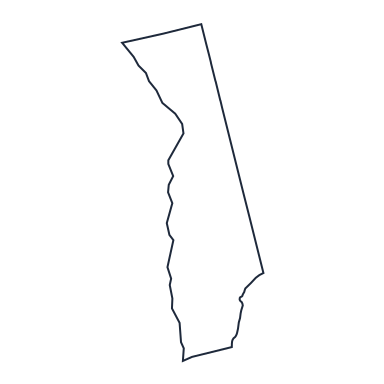 outline of Boyd, Nebraska, United States of America, rotated 76°
{"feature_id": "52423323B94496546276547", "entity_name": "Boyd", "entity_type": "district", "adm_level": 2, "iso_a3": "USA", "parent_name": "United States of America", "parent_adm1": "Nebraska", "projection": "robinson", "projection_center": [-98.692, 42.88], "detail": "fine", "context": "isolated", "style": "outline", "palette": "slate", "viewbox_px": 384, "rotation_deg": 76, "n_neighbors": 0, "source": "geoboundaries", "source_scale": "gbopen_adm2", "svg_char_len": 1204}
<svg xmlns="http://www.w3.org/2000/svg" viewBox="0 0 384 384"><g transform="rotate(76 192 192)"><path d="M353.7,241.7L352.0,231.9L352.1,190.9L348.8,190.0L346.6,189.2L345.3,188.4L344.4,187.5L344.0,187.1L343.2,185.4L342.5,184.5L341.0,183.2L339.7,182.4L335.7,180.4L329.8,178.1L326.0,175.9L321.6,174.2L318.7,172.8L314.4,170.2L312.5,170.1L310.9,170.4L309.7,171.3L308.7,171.7L307.9,171.8L306.4,171.3L305.8,170.7L305.4,168.9L305.0,168.3L303.7,167.5L301.5,165.4L300.5,164.9L298.5,163.6L294.6,156.9L290.7,150.9L288.9,146.7L287.9,142.3L265.3,142.3L264.0,142.3L231.9,142.3L231.2,142.3L205.2,142.4L197.7,142.4L185.2,142.4L177.5,142.4L151.7,142.4L150.6,142.4L145.2,142.4L130.6,142.4L117.6,142.4L110.3,142.3L110.1,142.4L90.6,142.3L89.9,142.4L71.6,142.4L70.5,142.3L66.4,142.3L62.9,142.3L51.5,142.4L38.1,142.4L31.4,142.4L31.4,181.5L30.3,223.7L46.8,215.9L56.4,213.3L65.4,207.9L74.1,206.9L84.9,201.9L98.4,199.2L112.0,189.3L123.6,185.1L133.1,186.1L155.5,207.3L159.1,208.2L172.0,206.4L179.4,212.8L186.5,215.3L198.1,213.8L216.1,224.0L228.2,224.3L234.2,221.7L259.0,234.0L271.0,233.2L276.9,236.1L290.6,236.8L300.1,239.6L316.0,235.7L335.1,239.0L341.7,237.8L353.7,241.7Z" fill="none" stroke="#1e293b" stroke-width="2"/></g></svg>